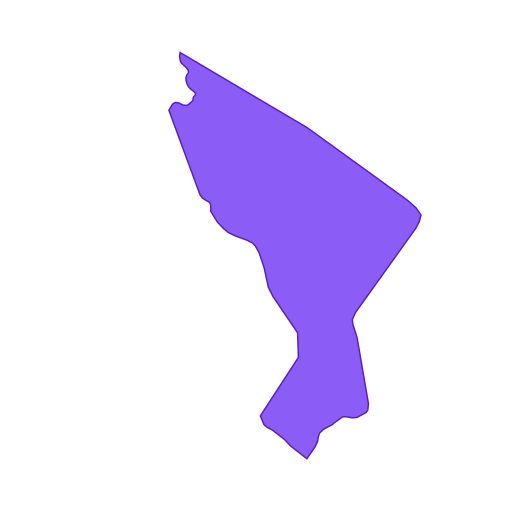 an SVG outline of Southern Highlands, rotated 216°
{"feature_id": "PNG-1246", "entity_name": "Southern Highlands", "entity_type": "Province", "adm_level": 1, "iso_a3": "PNG", "parent_name": "Papua New Guinea", "parent_adm1": "", "projection": "mercator", "projection_center": [143.455, -5.902], "detail": "fine", "context": "isolated", "style": "filled", "palette": "violet", "viewbox_px": 512, "rotation_deg": 216, "n_neighbors": 0, "source": "natural_earth", "source_scale": "10m", "svg_char_len": 1220}
<svg xmlns="http://www.w3.org/2000/svg" viewBox="0 0 512 512"><g transform="rotate(216 256 256)"><path d="M95.7,121.9L116.5,122.6L125.0,124.3L140.2,124.8L146.3,124.0L148.7,124.1L150.7,124.4L158.5,129.3L162.1,198.9L177.2,218.3L218.2,233.1L227.7,238.0L242.4,251.2L255.4,260.5L262.6,263.8L266.7,264.5L272.9,263.4L284.8,260.0L292.2,258.7L298.3,259.1L307.2,260.8L319.2,265.7L320.6,268.2L322.9,270.7L324.8,272.1L329.1,271.6L333.2,271.4L336.9,272.4L412.1,322.7L412.8,329.5L412.4,331.0L411.5,332.8L410.0,333.8L408.0,334.5L403.7,335.3L401.3,336.6L400.1,337.9L399.5,339.3L398.6,344.3L398.6,344.9L399.2,346.1L400.0,347.6L400.0,349.1L399.8,350.7L400.3,352.0L402.4,352.5L407.3,352.7L410.0,353.3L412.7,354.5L415.7,356.8L417.5,359.2L418.3,361.7L418.5,364.9L420.1,366.6L423.8,367.5L430.3,368.3L432.2,369.7L435.1,372.4L437.0,376.0L290.0,389.9L192.1,390.1L165.7,390.1L154.8,389.0L146.6,386.1L144.0,379.6L143.0,372.1L142.3,268.7L140.7,261.2L137.4,257.6L126.3,249.4L78.2,202.6L75.0,197.1L75.0,194.0L79.4,184.8L83.1,181.6L88.8,178.8L91.3,176.9L92.5,173.5L92.7,172.7L94.7,166.9L95.0,165.0L95.3,164.1L98.7,157.4L99.7,154.5L100.5,149.8L99.1,146.0L97.1,141.9L96.0,135.9L95.7,121.9Z" fill="#8b5cf6" stroke="#5b21b6" stroke-width="1.5"/></g></svg>